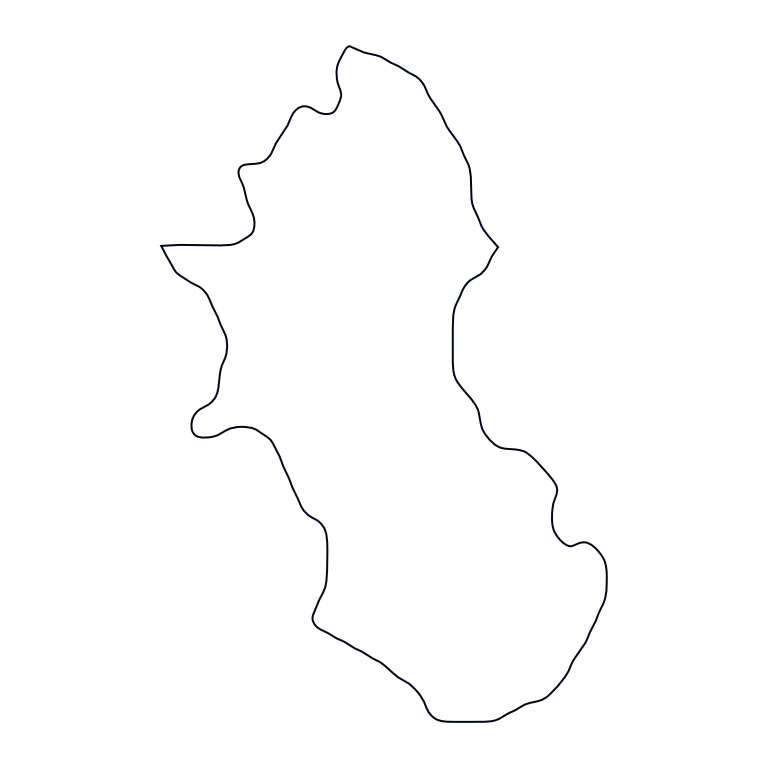 Sabana Larga, San José de Ocoa, Dominican Republic
{"feature_id": "3306468B82901312279704", "entity_name": "Sabana Larga", "entity_type": "district", "adm_level": 2, "iso_a3": "DOM", "parent_name": "Dominican Republic", "parent_adm1": "San José de Ocoa", "projection": "natural_earth1", "projection_center": [-70.54, 18.642], "detail": "fine", "context": "isolated", "style": "outline", "palette": "ink", "viewbox_px": 768, "rotation_deg": 0, "n_neighbors": 0, "source": "geoboundaries", "source_scale": "gbopen_adm2", "svg_char_len": 3701}
<svg xmlns="http://www.w3.org/2000/svg" viewBox="0 0 768 768"><path d="M161.2,245.9L166.6,256.2L170.9,263.6L173.9,269.1L176.1,272.4L179.1,274.9L190.6,282.4L199.8,287.1L203.0,289.7L207.1,294.6L209.1,298.5L212.5,306.7L217.4,316.3L220.7,324.9L225.3,334.7L226.6,339.0L227.2,346.1L226.5,353.2L225.3,357.6L221.9,365.4L220.6,369.9L219.8,374.9L218.4,387.9L217.3,392.9L215.5,397.2L214.3,399.0L211.6,402.1L208.5,404.6L199.8,409.4L196.7,412.0L194.2,415.3L192.3,419.3L191.5,423.7L191.6,428.1L192.0,430.3L192.9,432.4L194.2,434.3L196.0,435.8L198.0,436.8L202.2,437.6L208.9,437.4L213.5,436.6L217.9,435.1L226.6,430.1L230.5,428.4L236.9,427.1L241.3,426.8L245.7,427.0L252.1,428.0L256.1,429.6L267.6,437.3L270.6,439.9L272.8,443.2L279.5,456.2L283.5,466.9L289.1,478.6L292.3,487.3L298.0,499.0L301.5,507.2L303.9,510.8L308.2,515.1L311.6,517.3L316.9,520.2L318.6,521.4L321.5,524.2L324.0,527.7L324.9,529.6L326.4,534.4L327.2,541.9L327.4,549.7L327.1,570.8L326.4,581.1L325.5,586.1L324.8,588.5L323.1,592.5L319.2,600.0L313.0,615.1L312.6,617.0L312.5,619.0L312.9,621.0L314.6,624.5L317.2,627.3L320.5,629.5L327.6,632.9L336.3,638.2L344.1,641.7L354.5,648.2L362.2,651.8L372.6,658.4L380.2,662.2L385.2,666.0L393.2,673.3L398.1,677.3L409.2,683.8L414.4,688.5L417.6,692.0L420.5,695.8L424.1,701.9L426.5,708.1L428.5,712.0L431.1,715.3L434.2,718.1L438.0,720.1L442.3,721.2L446.8,721.7L456.0,721.9L484.0,721.8L490.9,721.3L495.3,720.4L499.2,718.8L507.9,713.6L515.5,710.1L522.4,705.9L526.0,704.1L530.0,702.9L538.3,701.1L542.3,699.7L546.2,697.4L549.7,694.5L557.9,686.0L565.2,676.7L568.6,671.0L571.2,664.6L573.2,660.5L585.4,642.8L587.4,638.6L589.9,632.3L595.8,620.8L599.1,612.2L603.8,602.6L605.2,598.2L606.4,591.0L606.7,583.6L606.8,576.1L606.6,571.2L606.0,566.3L604.8,561.5L603.8,559.2L601.3,555.0L598.3,551.2L595.1,547.8L591.5,544.9L587.6,542.9L585.6,542.4L583.6,542.3L579.7,542.9L572.1,546.1L570.4,546.2L568.5,545.9L566.7,545.2L563.2,542.9L559.9,539.8L557.0,536.1L554.5,531.9L553.5,529.6L552.4,524.8L552.0,519.9L552.1,512.6L552.6,507.7L553.4,503.2L556.7,493.9L557.2,490.1L556.9,487.9L556.3,485.9L555.3,483.9L552.9,480.1L546.9,472.8L537.0,461.9L531.8,456.8L526.3,452.5L524.3,451.5L520.1,450.2L515.9,449.5L505.1,448.7L500.9,447.8L498.9,447.0L494.9,444.7L489.7,439.9L485.2,434.3L482.8,430.1L481.9,427.9L480.7,423.3L478.6,411.8L477.9,409.6L475.8,405.4L471.8,399.7L462.6,388.9L458.3,383.4L455.9,379.4L454.2,374.9L453.3,370.2L452.8,362.8L452.8,327.5L453.3,315.1L454.7,308.0L456.3,304.0L460.0,296.3L462.6,290.1L464.7,286.3L467.3,283.0L470.3,280.2L480.7,274.1L485.0,269.7L487.3,266.2L492.0,256.1L498.1,247.1L489.1,237.0L483.7,229.9L481.5,226.1L478.1,217.5L473.6,207.8L472.2,203.4L471.5,198.6L470.8,176.4L469.8,169.2L468.5,164.8L463.8,155.1L460.4,146.5L457.0,140.9L449.2,130.3L446.8,126.6L441.2,114.3L438.9,110.5L430.0,97.9L428.0,94.1L424.4,85.9L422.1,82.3L419.3,79.1L416.1,76.5L408.7,72.6L398.4,66.1L390.7,62.6L382.0,57.4L380.2,56.5L376.1,55.2L367.7,53.4L363.6,52.3L349.2,46.1L346.7,47.7L344.8,50.4L339.2,60.8L337.7,64.8L337.1,67.1L336.5,71.8L336.9,78.9L337.8,83.4L340.5,90.7L341.2,94.4L341.1,96.4L340.1,100.1L337.2,107.0L335.2,110.4L333.8,111.9L332.1,113.0L330.2,113.6L328.3,114.0L324.3,114.0L320.4,113.1L318.5,112.4L310.4,107.6L306.7,106.4L302.7,106.3L298.9,107.7L295.7,110.2L293.1,113.3L291.1,117.1L287.6,125.4L275.9,143.4L271.2,153.7L270.1,155.4L267.4,158.6L264.2,161.2L260.5,162.9L256.5,163.7L246.7,164.4L243.2,165.2L241.7,166.0L240.2,167.3L239.2,169.1L238.6,171.0L238.5,173.0L239.2,176.9L242.4,183.9L243.9,187.9L246.6,199.4L248.0,203.8L252.5,213.5L253.9,217.8L254.5,222.3L254.3,226.8L253.3,231.0L252.3,232.8L251.0,234.4L248.0,236.7L238.2,242.7L234.2,244.2L229.8,245.0L220.5,245.4L179.3,244.9L161.2,245.9Z" fill="none" stroke="#020617" stroke-width="2"/></svg>